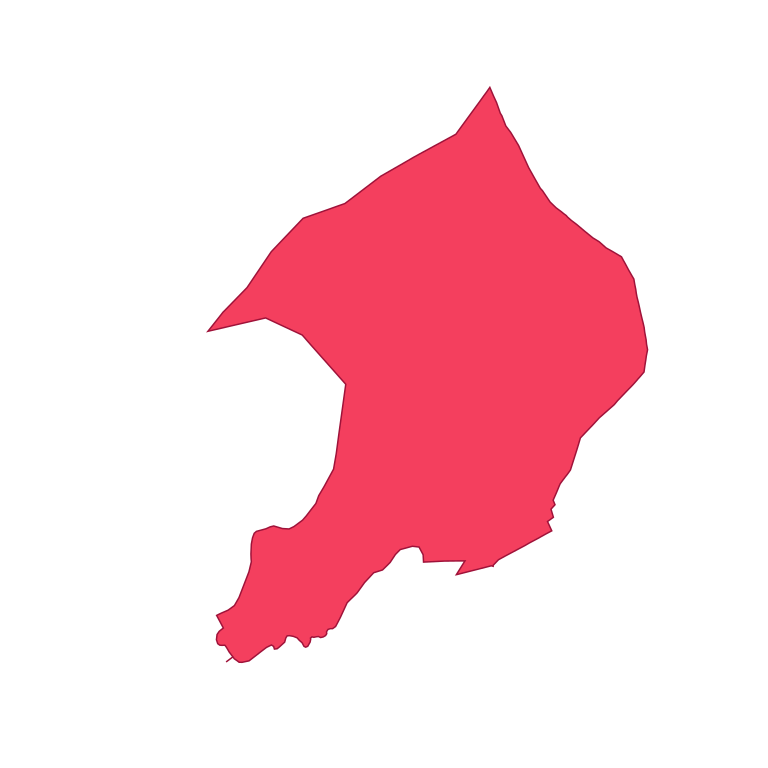 the district of Bahr Al Arab, Eastern Darfur, Sudan, rotated 242°
{"feature_id": "16777658B76242579856769", "entity_name": "Bahr Al Arab", "entity_type": "district", "adm_level": 2, "iso_a3": "SDN", "parent_name": "Sudan", "parent_adm1": "Eastern Darfur", "projection": "robinson", "projection_center": [26.432, 10.41], "detail": "fine", "context": "isolated", "style": "filled", "palette": "rose", "viewbox_px": 768, "rotation_deg": 242, "n_neighbors": 0, "source": "geoboundaries", "source_scale": "gbopen_adm2", "svg_char_len": 3303}
<svg xmlns="http://www.w3.org/2000/svg" viewBox="0 0 768 768"><g transform="rotate(242 384 384)"><path d="M258.3,127.6L257.7,127.6L254.5,127.6L244.0,127.6L243.0,122.4L241.2,119.0L236.9,116.0L232.9,115.3L232.7,115.3L230.5,116.4L229.4,118.1L228.1,120.8L226.9,121.1L224.9,121.3L219.8,121.5L214.0,122.5L212.7,114.1L214.0,122.5L211.7,122.8L208.6,124.4L206.4,125.4L204.9,128.0L202.9,134.9L204.2,142.5L205.4,149.3L206.6,156.6L206.4,162.1L204.2,163.3L203.8,163.2L203.7,163.3L201.4,162.8L200.4,165.4L200.9,168.0L202.7,175.1L205.9,178.1L207.1,180.3L206.1,182.5L203.9,185.3L203.6,185.6L200.7,188.1L197.4,188.9L194.0,190.2L193.4,190.2L189.9,190.2L188.4,191.3L188.2,193.5L190.8,197.6L193.0,199.4L194.2,199.8L194.4,201.7L194.5,201.8L193.3,203.1L192.6,205.6L191.8,207.6L189.9,209.0L189.2,211.6L189.3,214.3L190.4,216.2L192.2,216.9L193.6,219.3L193.2,221.6L193.1,221.9L192.1,223.8L192.2,224.4L192.5,226.6L192.6,227.4L194.4,230.1L198.4,235.9L207.3,247.6L208.2,248.8L209.6,253.4L210.4,256.3L211.6,260.4L212.2,262.2L217.5,273.0L217.7,273.3L218.7,276.2L222.2,286.3L220.5,295.4L222.4,301.9L223.6,305.7L228.1,314.0L230.2,320.6L227.4,332.9L223.6,338.4L223.1,338.4L214.9,338.4L208.2,335.3L208.1,335.5L203.6,345.0L199.4,354.0L193.0,366.4L189.8,372.4L181.7,358.4L181.5,359.0L173.1,393.4L171.8,394.8L172.7,395.3L175.1,402.6L175.2,409.7L175.2,417.1L175.2,425.8L175.2,432.5L175.4,437.7L175.4,443.2L175.4,448.5L175.5,450.9L175.5,452.2L175.6,456.3L175.6,463.2L185.8,463.8L186.8,471.0L195.1,472.7L197.1,478.3L202.0,478.8L205.4,483.1L207.3,485.5L210.1,488.9L211.2,490.2L213.2,492.7L214.3,495.0L215.0,496.5L215.2,496.9L216.2,499.1L216.8,500.3L217.9,502.9L219.4,506.0L220.6,508.3L229.9,517.8L234.7,522.7L239.3,527.3L244.2,532.1L248.6,545.3L249.8,549.0L253.1,558.3L257.7,577.7L259.6,582.3L263.9,595.4L266.5,603.5L268.7,609.4L269.3,610.8L269.8,612.3L272.5,619.2L278.3,623.4L282.4,626.5L285.6,628.8L290.5,632.8L295.9,634.5L300.0,636.2L303.5,637.3L307.6,638.6L311.7,640.2L316.1,641.4L319.8,642.3L326.7,644.1L333.0,645.9L337.1,647.0L342.0,648.2L345.8,649.4L349.3,650.7L354.0,652.1L359.4,653.9L361.2,653.8L363.9,653.7L370.1,653.5L376.8,653.5L380.8,653.4L384.8,653.4L393.0,648.4L399.9,644.0L408.5,640.8L412.8,638.3L414.8,637.1L424.5,633.0L434.0,629.2L440.5,626.2L445.3,624.4L447.2,624.0L449.9,622.7L452.8,621.5L458.7,618.7L466.7,616.1L480.2,614.7L483.4,613.9L493.4,613.6L507.1,613.3L531.4,614.8L546.7,614.0L554.6,612.7L565.5,614.0L568.5,613.8L579.6,615.5L586.7,615.9L596.2,616.7L593.4,611.2L591.6,607.4L589.1,602.4L573.0,569.2L572.0,567.2L570.8,564.8L570.4,523.8L570.3,518.9L570.3,516.9L569.9,506.5L569.0,478.7L561.7,434.2L562.8,427.0L564.3,416.7L568.3,390.4L560.6,367.2L553.8,346.7L533.4,308.3L523.4,277.0L523.0,275.6L520.2,269.3L513.2,253.3L506.8,277.3L501.6,296.7L497.9,310.5L484.2,320.8L465.6,334.8L457.0,336.8L452.7,337.8L416.3,346.6L401.7,350.1L361.2,320.8L345.0,309.2L332.5,299.5L321.9,283.5L320.9,281.9L316.1,274.0L310.5,267.8L307.2,260.4L304.0,253.4L302.0,248.1L300.4,237.5L300.6,232.1L304.1,226.4L304.9,225.6L310.4,220.0L311.3,216.5L311.6,211.8L312.7,206.9L313.8,202.1L313.7,201.9L313.1,199.3L311.6,197.6L309.9,195.7L304.9,191.7L299.1,188.3L296.9,187.0L296.4,186.7L292.1,184.6L289.3,183.4L281.6,176.6L263.5,155.7L258.6,147.9L257.5,140.2L257.9,135.1L258.1,132.7L258.3,127.6Z" fill="#f43f5e" stroke="#9f1239" stroke-width="1.5"/></g></svg>